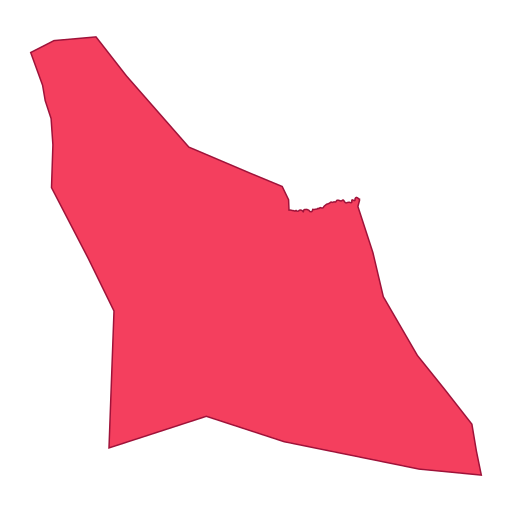 outline of Xo'lonbuir, Dornod, Mongolia
{"feature_id": "93677404B94676742837543", "entity_name": "Xo'lonbuir", "entity_type": "district", "adm_level": 2, "iso_a3": "MNG", "parent_name": "Mongolia", "parent_adm1": "Dornod", "projection": "orthographic", "projection_center": [113.25, 47.929], "detail": "fine", "context": "isolated", "style": "filled", "palette": "rose", "viewbox_px": 512, "rotation_deg": 0, "n_neighbors": 0, "source": "geoboundaries", "source_scale": "gbopen_adm2", "svg_char_len": 2686}
<svg xmlns="http://www.w3.org/2000/svg" viewBox="0 0 512 512"><path d="M114.0,311.0L109.0,447.9L206.3,416.3L284.1,441.7L419.1,469.1L481.3,475.1L476.4,451.1L471.9,424.2L444.5,389.2L417.4,355.5L383.3,296.7L372.9,252.6L357.9,206.5L359.5,200.5L359.5,199.2L359.2,199.2L358.9,198.9L358.4,198.5L357.6,197.9L357.2,197.7L356.7,197.5L356.4,197.4L356.0,197.6L355.6,197.9L355.3,198.3L355.1,198.7L355.0,199.2L355.0,199.7L355.0,200.2L354.8,200.5L354.4,200.6L353.6,200.4L353.2,200.2L352.8,200.0L352.4,199.9L352.2,199.9L351.9,200.1L351.8,200.5L351.8,200.9L351.8,201.4L351.8,202.0L351.7,202.3L351.5,202.5L351.0,202.7L350.6,202.6L350.1,202.5L349.7,202.3L349.3,202.3L348.9,202.3L348.4,202.3L347.9,202.4L347.5,202.5L347.1,202.6L346.8,202.8L346.2,202.9L345.5,202.7L345.1,202.3L344.6,201.9L344.4,201.5L344.2,201.2L344.0,200.8L343.7,200.5L343.5,200.2L343.2,200.0L342.9,200.0L342.6,200.1L342.3,200.3L341.9,200.7L341.3,200.9L340.8,200.9L340.0,200.8L339.5,200.6L338.9,200.3L337.7,200.2L337.4,200.2L337.1,200.3L336.8,200.4L336.6,200.7L336.4,201.0L336.1,201.4L335.8,201.8L335.5,202.0L335.1,202.0L334.8,201.9L334.3,201.9L333.9,201.9L333.6,202.0L333.2,202.2L332.5,202.4L332.0,202.3L331.4,202.1L330.9,202.1L330.5,202.4L329.9,202.8L329.6,203.1L329.0,203.4L328.5,203.6L328.0,203.8L327.4,204.0L327.0,204.0L326.8,204.2L326.4,204.4L325.7,204.9L325.4,205.2L325.1,205.5L324.7,205.7L324.4,206.0L324.1,206.3L323.7,206.8L323.5,207.3L323.0,207.8L322.4,208.0L321.8,208.0L321.4,207.9L321.0,207.8L320.7,207.7L320.4,207.6L320.0,207.7L319.5,208.2L318.7,208.6L318.3,208.4L318.1,208.3L317.9,208.4L317.7,208.6L317.3,208.8L317.1,209.0L316.6,209.1L316.1,209.2L315.5,209.2L315.1,209.3L314.7,209.4L314.2,209.5L313.9,209.6L313.6,209.6L313.4,209.5L313.2,209.4L312.8,209.3L312.7,209.4L312.7,209.9L312.4,210.5L312.2,211.0L311.8,211.5L311.3,211.7L310.7,211.7L310.1,211.6L309.7,211.3L309.5,211.0L309.2,210.7L309.0,210.4L308.7,210.2L308.4,210.1L308.1,209.9L307.8,209.8L307.5,209.7L306.8,209.4L306.4,209.4L306.1,209.5L305.6,209.5L305.1,209.5L304.7,209.5L304.4,209.6L304.1,209.7L303.7,210.3L303.5,210.9L303.5,211.4L303.4,211.7L303.2,211.8L302.9,211.5L302.7,211.1L302.5,210.9L302.2,210.7L301.9,210.5L301.6,210.3L301.2,210.2L300.7,210.1L300.2,210.0L299.9,210.1L299.6,210.2L299.3,210.3L299.0,210.6L298.6,210.9L298.2,211.1L297.9,211.2L297.6,211.2L296.6,211.0L296.5,210.9L296.3,210.7L296.2,210.5L295.9,210.5L295.7,210.6L295.4,210.9L295.1,211.1L294.5,211.0L294.3,210.9L293.9,210.7L293.6,210.6L293.2,210.7L290.6,210.1L289.0,210.1L288.6,199.8L282.2,186.5L249.2,172.8L188.8,147.1L126.4,75.9L96.0,36.9L54.0,40.6L30.7,52.5L42.6,85.3L45.2,100.6L51.1,118.6L52.9,144.9L51.5,187.6L88.3,258.5L114.0,311.0Z" fill="#f43f5e" stroke="#9f1239" stroke-width="1.5"/></svg>